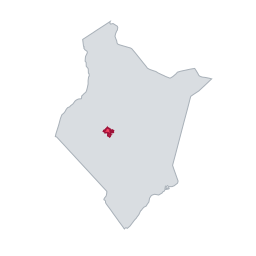 location of Laikipia West, Rift Valley, Kenya, rotated 15°
{"feature_id": "3690345B46461276162505", "entity_name": "Laikipia West", "entity_type": "district", "adm_level": 2, "iso_a3": "KEN", "parent_name": "Kenya", "parent_adm1": "Rift Valley", "projection": "robinson", "projection_center": [36.893, -0.075], "detail": "fine", "context": "in_parent", "style": "filled", "palette": "rose", "viewbox_px": 256, "rotation_deg": 15, "n_neighbors": 0, "source": "geoboundaries", "source_scale": "gbopen_adm2", "svg_char_len": 4427}
<svg xmlns="http://www.w3.org/2000/svg" viewBox="0 0 256 256"><g transform="rotate(15 128 128)"><path d="M60.0,155.1L59.9,151.8L60.3,143.4L60.3,136.1L60.7,132.4L62.3,130.0L63.0,128.3L63.5,126.0L64.4,124.0L66.3,122.5L66.6,121.6L68.6,119.0L69.9,115.6L70.8,114.4L71.9,113.4L72.7,112.8L74.0,112.3L75.1,112.0L75.3,111.7L75.4,111.1L75.0,109.0L75.5,108.4L76.2,107.0L77.0,105.7L77.7,104.8L78.1,104.0L78.3,102.5L78.3,101.5L78.3,99.8L78.1,95.9L77.2,92.6L76.7,89.0L77.1,87.8L76.4,85.7L76.1,85.6L75.5,85.1L74.9,83.1L74.3,81.3L74.0,80.8L71.7,79.2L70.6,75.5L69.3,74.6L68.6,70.9L68.5,69.8L69.2,66.1L69.1,65.2L68.4,64.4L66.2,63.6L64.5,62.1L64.7,61.5L64.8,61.0L63.9,60.6L61.3,54.2L64.7,50.4L68.2,46.5L72.6,41.5L76.7,37.0L80.2,33.1L83.3,29.6L83.2,30.3L83.3,31.2L83.6,31.7L84.3,32.1L85.2,31.7L86.0,31.2L86.7,31.0L91.4,32.5L92.2,33.8L92.2,35.1L92.4,36.1L92.0,37.1L91.6,40.1L91.7,42.8L93.1,44.9L94.4,46.5L95.4,48.7L96.1,49.4L97.2,49.8L100.4,49.9L105.2,50.0L109.8,50.1L110.2,50.2L111.2,50.5L115.5,53.5L119.3,56.3L122.6,58.7L125.8,61.1L128.9,63.3L131.3,65.2L133.7,65.8L137.6,66.1L140.2,66.2L142.7,67.0L146.4,67.7L149.1,68.1L150.8,68.5L155.3,69.0L156.1,68.7L158.1,66.6L160.4,63.2L161.3,61.3L164.2,59.5L169.3,56.9L173.0,55.0L177.0,53.2L178.8,54.8L181.4,57.3L182.5,58.6L183.4,59.2L184.8,59.5L186.4,59.6L187.4,59.5L189.2,59.2L193.6,58.9L196.1,58.9L194.0,62.3L191.5,66.4L186.8,73.9L183.3,77.8L180.7,80.8L180.4,81.4L180.4,84.7L180.5,92.8L180.5,109.1L180.6,125.4L180.7,141.7L180.7,149.8L180.7,152.5L183.0,156.0L185.3,159.3L188.3,163.7L190.0,166.1L190.2,166.9L190.1,168.5L187.6,171.8L185.6,173.3L182.9,174.0L182.0,173.9L181.0,173.4L180.5,174.2L180.2,175.4L179.6,175.2L179.2,174.8L179.4,177.0L179.7,178.1L179.3,179.6L178.0,180.9L177.8,181.9L175.0,184.8L170.9,185.1L168.7,186.5L167.8,187.7L167.0,190.2L167.3,194.1L166.2,197.0L165.9,198.5L163.8,200.5L162.9,202.2L162.2,204.0L161.6,204.8L160.9,208.9L159.9,211.3L159.6,212.1L159.4,212.9L158.6,214.3L158.1,215.3L157.8,216.0L155.3,222.2L153.3,225.1L151.8,224.8L150.8,225.9L150.7,226.4L150.1,226.1L148.9,225.0L146.3,222.9L143.6,220.8L141.0,218.6L138.4,216.5L135.8,214.4L133.2,212.2L130.6,210.1L127.9,208.0L126.4,206.7L125.7,206.0L125.2,204.5L124.9,204.1L124.2,203.7L123.4,203.6L123.2,203.3L123.2,202.6L123.5,201.5L124.4,199.6L124.5,198.4L124.4,197.1L124.1,195.0L123.8,194.6L122.1,193.5L118.4,191.2L114.8,188.9L111.2,186.6L107.5,184.3L103.9,182.0L100.3,179.7L96.6,177.4L93.0,175.1L89.3,172.8L85.7,170.5L82.1,168.2L78.4,165.9L74.8,163.6L71.2,161.3L67.5,159.0L63.9,156.7L62.5,155.8L61.3,155.1L60.0,155.1ZM180.9,177.4L180.3,177.6L180.6,176.5L182.5,175.1L183.3,175.4L183.4,175.7L183.4,176.0L183.1,176.3L180.9,177.4Z" fill="#d9dde1" stroke="#a8b0b8" stroke-width="1"/><path d="M114.7,135.0L114.7,134.4L114.1,134.5L113.7,134.5L113.7,134.4L113.8,134.4L113.7,134.3L113.7,134.2L113.5,133.9L113.2,134.0L112.3,134.4L112.5,135.2L112.8,135.3L112.6,135.9L112.5,136.0L112.4,136.0L112.2,136.0L112.2,135.9L111.9,135.8L111.7,135.7L111.4,135.7L111.3,135.4L111.3,135.2L111.2,135.0L111.2,134.9L111.2,134.7L111.2,134.4L111.2,134.2L111.1,133.9L111.1,133.7L109.8,133.5L109.5,133.5L109.5,133.2L108.7,133.0L108.1,133.0L108.0,132.9L108.0,133.0L107.9,133.2L107.9,133.3L107.7,133.4L107.7,133.5L107.5,133.8L107.4,133.8L107.4,134.0L107.3,134.3L107.2,134.3L107.1,134.5L107.0,134.8L106.9,134.9L106.8,135.0L106.8,134.9L106.7,134.9L106.7,135.0L106.9,136.0L105.8,136.1L105.7,136.1L105.6,136.3L105.4,136.5L105.2,136.7L105.2,136.8L105.2,137.0L105.3,137.2L105.2,137.4L105.3,137.4L105.4,137.5L105.5,137.7L105.9,137.7L106.6,137.7L107.0,138.6L107.3,138.5L107.9,138.3L108.0,138.2L108.5,138.0L108.8,137.8L109.3,137.8L109.9,137.7L109.9,138.3L110.2,138.3L110.3,138.4L110.4,138.5L110.5,138.5L110.4,138.6L110.5,138.7L110.5,138.8L110.6,139.0L110.5,139.3L110.4,139.3L110.3,139.5L110.3,139.4L110.3,139.5L110.2,139.5L110.2,139.8L110.4,140.6L110.6,140.5L110.8,140.7L111.0,140.8L112.1,141.1L112.6,141.4L112.7,141.1L112.8,140.9L112.6,140.6L112.8,140.6L112.9,140.4L113.0,140.4L113.0,140.2L113.2,139.1L113.1,138.9L113.0,138.7L112.9,138.7L113.0,138.6L112.9,138.6L112.7,138.5L112.7,138.4L112.6,138.2L112.5,137.5L112.4,137.2L112.5,137.1L112.4,137.1L112.5,137.0L112.8,136.9L113.3,136.6L113.7,136.0L113.7,135.9L113.9,135.7L114.0,135.7L114.2,135.4L114.2,135.5L114.2,135.8L114.3,135.9L114.3,136.0L114.5,136.1L114.6,136.3L114.9,136.1L114.7,135.9L114.7,135.7L114.5,135.4L114.4,135.4L114.4,135.2L114.5,135.2L114.7,135.0Z" fill="#f43f5e" stroke="#9f1239" stroke-width="1.5"/></g></svg>